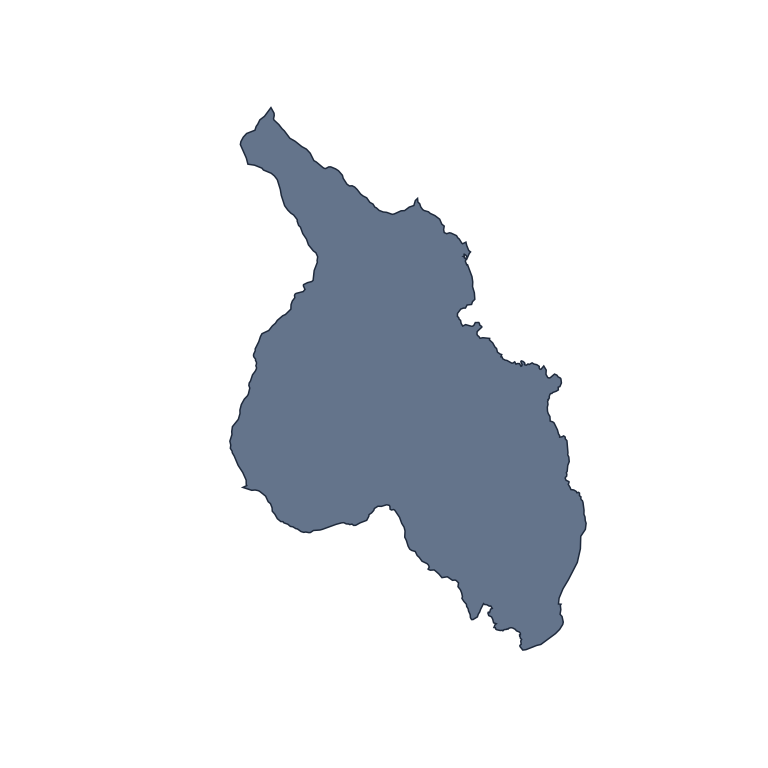 Tangua, Nariño, Colombia, rotated 340°
{"feature_id": "7082276B88194767649924", "entity_name": "Tangua", "entity_type": "district", "adm_level": 2, "iso_a3": "COL", "parent_name": "Colombia", "parent_adm1": "Nariño", "projection": "orthographic", "projection_center": [-77.351, 1.075], "detail": "fine", "context": "isolated", "style": "filled", "palette": "slate", "viewbox_px": 768, "rotation_deg": 340, "n_neighbors": 0, "source": "geoboundaries", "source_scale": "gbopen_adm2", "svg_char_len": 6162}
<svg xmlns="http://www.w3.org/2000/svg" viewBox="0 0 768 768"><g transform="rotate(340 384 384)"><path d="M330.9,109.9L331.9,124.6L331.3,130.9L337.2,134.1L343.1,139.4L343.9,141.7L350.1,147.4L352.2,151.0L353.6,155.5L353.1,165.7L352.0,171.6L351.6,182.5L353.1,187.7L354.9,191.6L356.9,194.3L358.7,200.0L358.1,201.2L358.0,205.8L359.1,208.0L359.1,214.9L360.7,221.4L360.6,227.4L363.1,234.7L364.9,237.4L365.2,241.8L363.3,245.2L363.0,246.8L357.2,253.5L352.8,262.4L351.1,263.0L346.8,262.6L342.4,263.1L341.8,264.2L342.1,268.1L339.7,269.5L332.4,268.8L331.2,269.1L330.2,270.1L329.7,272.4L326.2,274.7L323.8,277.6L322.1,281.8L315.1,285.0L312.2,285.2L305.5,287.7L302.7,289.8L299.0,291.2L294.0,294.3L286.5,295.0L284.1,297.2L280.8,301.4L275.0,306.9L274.3,308.8L271.7,311.4L271.0,312.9L271.0,314.3L271.8,316.6L271.3,318.0L271.6,319.8L271.1,321.4L269.8,323.1L269.9,324.7L269.3,326.1L267.4,327.9L263.6,330.4L259.5,335.6L257.7,336.9L256.5,339.2L256.5,341.9L253.0,347.2L251.6,348.4L247.6,350.4L242.9,354.5L239.7,359.2L238.6,362.5L235.0,367.4L227.0,372.2L224.6,376.7L223.9,379.4L219.6,385.0L219.1,389.0L217.6,391.9L218.3,395.2L217.9,396.7L218.6,400.4L219.1,410.6L221.0,418.8L221.6,427.2L220.2,431.2L220.3,432.5L216.0,432.9L223.4,438.7L226.6,439.5L229.5,441.3L230.6,442.6L234.4,448.9L234.9,455.0L236.4,457.6L236.5,462.1L235.5,465.3L236.9,469.0L237.7,474.1L240.0,478.0L242.0,478.8L242.4,480.2L245.7,482.9L247.3,485.8L249.5,487.0L251.7,489.8L253.0,490.5L255.6,494.3L257.9,496.0L259.8,496.3L262.6,498.0L264.1,498.4L267.6,497.5L273.9,499.3L276.5,499.5L291.0,499.5L296.9,500.0L298.9,500.6L300.7,502.6L302.8,503.4L303.7,504.4L306.0,504.7L307.1,506.5L309.1,507.1L314.2,506.3L321.1,506.2L324.4,503.2L325.3,501.6L328.2,500.9L331.1,499.3L332.4,497.7L336.5,496.8L339.7,498.1L345.2,498.4L347.4,499.8L347.7,500.9L346.9,503.8L348.0,505.0L350.0,505.2L350.9,506.1L353.0,514.6L353.0,521.0L353.9,525.4L353.5,529.3L351.1,535.0L351.5,538.7L351.2,544.7L351.7,547.9L353.0,549.8L356.1,552.1L356.5,556.5L357.8,559.0L359.1,563.5L363.1,567.6L363.8,569.2L363.9,571.5L362.1,573.0L362.3,573.4L363.8,574.8L367.6,575.9L370.5,581.1L372.2,585.8L377.6,586.8L381.2,591.9L383.6,592.5L384.6,593.3L386.0,596.3L384.2,599.8L385.4,603.5L385.5,606.9L385.0,610.6L383.9,612.1L384.7,615.6L386.1,619.1L385.6,621.4L386.2,623.9L385.8,626.2L386.1,630.2L385.3,633.0L385.7,635.3L387.1,635.8L392.1,634.8L393.9,632.5L395.9,631.0L397.8,628.7L402.4,624.4L403.1,625.6L405.2,626.6L406.9,628.7L408.4,629.1L409.0,631.9L407.2,632.0L405.0,634.9L404.0,634.1L403.3,634.8L403.2,637.4L405.4,639.6L405.7,642.4L405.3,645.9L407.5,647.7L406.0,648.2L404.0,650.4L405.3,651.1L405.2,652.6L405.9,653.5L408.9,655.4L410.9,655.9L411.3,656.6L412.9,655.9L415.2,656.5L416.0,656.2L416.6,656.8L417.9,656.2L420.0,656.4L421.5,657.3L423.3,659.3L424.1,661.3L426.3,663.3L426.9,664.9L426.4,666.3L425.6,666.1L425.2,667.5L425.5,668.5L425.2,669.6L426.0,671.0L424.6,672.3L423.9,675.5L422.3,676.1L422.0,677.2L423.4,681.5L426.5,682.2L438.1,681.9L442.3,682.4L459.8,677.2L465.1,674.7L469.7,671.1L471.0,669.1L471.8,663.4L470.7,660.6L473.0,656.5L474.0,652.3L475.0,651.5L472.7,650.4L475.3,645.1L482.1,637.7L490.2,631.1L504.6,617.8L512.2,606.0L516.8,594.4L523.5,589.5L526.3,584.0L526.4,581.2L527.4,577.7L527.3,574.8L528.8,571.0L530.5,563.3L530.5,561.4L529.8,560.3L529.8,558.7L530.5,557.5L529.5,555.8L530.4,553.4L529.7,552.3L528.1,552.2L527.9,550.7L526.1,548.5L523.5,547.1L523.5,544.9L522.8,541.3L524.1,539.9L524.4,539.0L522.2,536.8L522.0,534.7L522.5,533.8L524.1,533.1L524.9,531.4L525.0,529.7L526.3,528.7L528.8,523.4L531.5,520.3L532.7,515.8L532.4,513.3L533.3,511.7L536.5,499.9L535.6,497.5L536.1,495.8L535.1,494.2L533.2,494.5L530.9,494.0L531.4,492.5L530.9,490.8L531.3,486.4L530.5,478.7L529.6,477.3L527.5,475.7L528.8,471.3L528.2,468.0L528.3,465.6L529.5,461.7L531.1,459.3L531.8,456.2L533.2,455.0L532.9,454.7L534.6,453.7L534.9,452.4L536.3,450.6L537.2,450.0L538.5,450.3L539.7,449.7L543.3,449.7L545.8,449.2L546.6,446.6L548.4,446.6L551.1,443.7L552.0,439.7L551.8,438.8L550.0,436.8L549.5,434.8L547.6,433.0L542.5,434.9L541.3,434.9L540.1,434.0L539.5,430.3L541.2,426.4L540.3,421.7L536.5,423.9L535.7,423.6L535.3,422.0L535.9,420.5L534.2,418.1L531.7,416.5L530.4,414.8L527.0,415.3L526.2,414.4L524.3,415.0L522.9,414.2L522.7,413.8L523.4,412.8L523.3,412.0L522.4,410.4L521.1,409.3L520.4,409.5L520.2,410.1L520.4,413.1L519.5,414.2L518.8,414.2L518.3,411.2L516.4,410.4L514.8,410.5L514.4,407.9L512.2,408.4L511.2,408.1L507.6,403.9L506.0,403.0L504.2,400.9L504.2,399.0L503.2,398.4L504.7,396.6L503.5,395.7L501.5,392.9L501.9,389.1L500.9,387.2L500.2,382.5L498.2,378.7L498.9,377.3L492.7,374.3L489.9,373.9L489.4,371.8L488.5,370.4L488.4,368.9L489.5,366.6L495.4,364.0L495.5,363.4L494.1,361.2L494.4,359.7L494.1,358.6L490.8,357.5L488.5,359.6L487.0,360.0L486.0,359.7L481.0,356.1L477.8,356.5L477.2,353.5L477.7,350.4L476.8,348.8L476.9,347.1L476.1,345.6L477.2,342.8L481.7,339.9L484.5,339.8L486.5,340.5L489.1,338.2L493.5,339.2L495.3,336.9L498.3,335.5L500.1,329.2L500.5,322.8L502.3,318.5L503.4,313.2L503.3,300.5L502.5,300.4L502.4,296.7L503.1,295.4L504.0,295.0L503.8,293.6L502.7,293.1L502.8,292.0L502.2,291.3L503.1,291.4L503.6,289.5L504.0,289.6L505.1,291.3L505.3,293.0L505.6,293.2L505.4,294.0L508.9,290.4L510.5,289.5L509.3,287.5L509.1,282.1L509.5,278.7L505.9,279.1L505.3,278.3L504.3,273.5L503.3,271.8L502.9,269.4L498.6,265.1L497.2,264.3L494.3,264.2L492.4,262.3L492.8,259.4L494.6,256.2L493.0,253.6L492.7,248.2L489.4,243.1L485.8,239.5L484.7,237.4L481.0,234.7L480.0,233.3L479.1,230.2L479.2,226.8L478.1,224.6L479.0,221.1L476.2,222.3L473.1,226.5L468.2,226.4L462.7,228.1L459.3,227.1L451.8,227.7L449.8,227.4L445.2,223.6L442.1,222.1L438.8,219.2L437.1,215.9L435.9,214.7L435.2,211.2L432.8,208.4L431.4,203.1L428.6,200.1L427.0,197.5L425.3,192.1L423.8,188.9L421.8,186.8L419.3,186.1L417.5,183.5L416.0,176.8L416.3,173.6L414.2,168.1L412.1,165.3L408.3,161.8L406.3,161.1L402.9,161.6L401.6,160.9L400.7,159.8L396.3,152.2L394.5,150.1L393.6,141.9L391.4,136.7L388.0,132.9L383.5,125.5L379.6,120.9L376.9,112.0L375.5,109.2L373.9,104.2L370.9,98.3L370.9,97.0L372.6,94.3L373.3,91.9L372.3,85.6L363.2,91.6L357.7,93.3L354.2,96.7L352.0,98.2L349.5,101.4L340.6,101.6L336.2,103.9L332.4,107.3L330.9,109.9Z" fill="#64748b" stroke="#1e293b" stroke-width="1.5"/></g></svg>